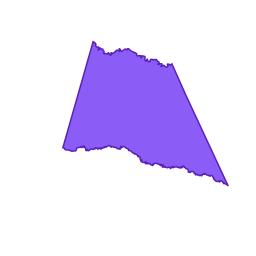 Bermejo, Formosa, Argentina (Natural Earth projection), rotated 156°
{"feature_id": "61730980B55817879292044", "entity_name": "Bermejo", "entity_type": "district", "adm_level": 2, "iso_a3": "ARG", "parent_name": "Argentina", "parent_adm1": "Formosa", "projection": "natural_earth1", "projection_center": [-61.415, -23.947], "detail": "fine", "context": "isolated", "style": "filled", "palette": "violet", "viewbox_px": 256, "rotation_deg": 156, "n_neighbors": 0, "source": "geoboundaries", "source_scale": "gbopen_adm2", "svg_char_len": 5719}
<svg xmlns="http://www.w3.org/2000/svg" viewBox="0 0 256 256"><g transform="rotate(156 128 128)"><path d="M60.1,35.9L61.8,134.6L61.8,168.7L63.7,168.1L64.1,169.0L64.6,169.3L65.5,170.3L66.0,170.2L66.3,169.9L66.3,168.4L66.6,168.1L67.5,167.9L68.4,168.2L68.7,168.5L69.2,169.6L70.1,170.9L71.8,170.5L72.3,170.5L72.7,171.0L71.7,171.2L71.2,172.1L71.1,173.0L72.5,173.5L74.0,173.6L74.8,174.0L74.7,174.2L74.4,174.4L73.3,174.1L73.1,174.2L72.9,175.3L73.2,176.3L73.7,176.8L74.0,177.6L73.9,178.1L74.3,179.0L75.0,178.8L75.3,179.4L76.3,180.0L77.7,180.0L77.9,180.8L78.2,181.1L78.9,181.2L79.6,181.3L80.0,181.1L80.4,180.1L80.6,179.9L81.2,180.1L82.3,180.1L82.6,183.0L84.1,181.9L84.6,181.9L84.8,182.4L84.8,183.4L83.5,186.2L83.8,186.7L84.4,187.3L85.4,187.9L86.1,187.8L87.3,186.8L87.6,187.1L87.4,187.8L86.7,188.0L86.5,188.5L88.2,189.5L90.0,189.9L90.3,190.3L90.4,191.0L89.9,192.1L90.1,192.7L90.9,193.9L91.6,194.4L91.7,194.7L92.0,194.7L92.7,195.8L93.5,196.6L94.4,198.1L94.8,199.0L94.8,199.5L95.3,200.1L95.9,200.5L96.3,200.6L97.2,199.9L98.2,201.1L98.9,201.3L99.9,201.0L100.7,201.0L101.3,200.7L102.3,200.6L103.0,200.7L103.1,200.9L103.1,201.2L103.2,201.5L103.0,202.3L103.4,203.7L103.7,203.9L103.9,203.7L103.9,202.8L104.2,202.5L104.2,201.9L104.7,201.5L105.3,202.4L105.4,203.0L106.7,203.7L107.9,203.2L108.4,203.3L108.6,203.1L108.6,202.9L111.0,202.2L111.8,202.5L111.9,202.9L112.3,203.3L112.9,203.6L113.1,203.4L113.1,202.6L113.4,201.8L114.0,201.5L114.6,202.0L114.5,202.5L114.9,203.0L115.0,204.1L115.5,204.8L115.7,204.7L116.4,203.9L116.7,203.7L117.9,205.1L118.8,205.3L119.1,205.6L119.5,205.4L119.9,205.9L119.8,206.4L119.1,206.9L118.7,207.6L118.7,207.8L119.1,208.2L119.3,208.6L119.2,209.4L118.9,210.1L119.8,210.7L121.1,212.6L121.5,212.6L121.6,212.0L122.1,211.4L123.1,211.2L123.4,211.2L123.5,211.3L123.0,212.3L122.5,212.8L122.0,213.9L122.2,214.1L122.5,214.0L123.6,214.7L123.9,215.5L124.4,216.3L124.2,216.7L123.8,216.8L123.3,217.3L123.3,218.0L123.5,219.2L124.0,219.8L124.7,219.7L124.9,219.5L125.3,219.6L125.2,220.2L124.6,220.2L124.4,220.4L124.4,220.6L124.7,221.1L195.9,136.0L195.1,136.4L194.8,136.0L194.5,135.9L194.2,133.9L193.7,133.3L191.5,132.3L189.4,130.2L188.8,129.7L187.3,129.1L186.7,129.1L185.6,128.5L184.7,128.5L184.1,129.2L183.8,129.4L183.4,130.1L182.7,130.6L181.8,130.3L180.8,130.3L179.5,129.8L178.8,130.2L178.5,129.9L178.2,129.0L178.0,128.9L177.4,129.0L176.8,129.4L176.3,129.3L176.2,129.6L175.4,129.3L175.4,128.9L176.2,128.8L176.3,128.7L176.0,128.3L175.6,128.2L175.1,127.6L175.3,127.2L175.1,126.9L175.1,126.2L175.2,125.6L174.9,125.2L175.5,125.0L175.6,124.7L175.3,124.6L175.0,124.8L174.7,124.5L174.1,124.7L174.1,124.2L174.4,124.0L173.5,123.6L173.3,123.3L172.0,123.4L171.4,123.9L170.1,123.8L169.5,123.6L169.4,123.3L169.0,122.9L168.7,122.9L168.5,122.7L168.2,122.9L166.8,122.3L166.3,123.1L165.9,123.2L165.4,123.0L165.3,122.7L164.9,122.2L163.9,121.6L163.9,121.4L164.1,121.1L164.1,120.9L163.6,121.0L163.3,121.3L162.7,121.0L162.3,121.2L162.0,120.7L161.6,120.4L161.4,119.9L161.0,120.5L160.8,120.2L160.0,120.5L159.9,120.4L159.9,120.1L159.7,119.9L158.3,120.0L157.8,119.7L156.9,119.9L156.9,120.1L157.2,120.2L157.2,120.4L156.5,120.3L156.1,120.1L155.9,119.6L155.7,119.4L153.3,119.9L151.7,119.3L151.5,118.8L151.7,118.4L151.7,118.1L151.2,117.9L150.9,117.4L150.6,117.7L150.2,117.7L148.7,116.2L147.3,115.4L146.5,114.5L146.3,113.6L145.4,113.0L144.8,112.8L144.4,112.2L144.1,112.0L143.1,112.1L143.1,112.3L143.5,112.8L142.8,113.3L142.3,113.0L141.7,114.0L141.5,113.7L141.6,113.1L141.3,112.8L140.1,112.8L139.6,113.0L139.3,112.9L138.9,112.4L138.4,111.3L137.7,110.2L137.0,109.5L136.5,109.2L136.2,108.8L136.2,108.5L136.5,108.3L136.6,107.3L135.6,106.6L134.5,105.5L134.1,104.0L133.0,102.5L132.7,102.0L132.6,101.6L132.0,101.8L131.7,101.1L130.6,99.9L130.6,99.1L130.2,98.8L130.0,98.5L130.1,98.2L130.5,98.0L130.5,97.9L129.9,97.4L129.3,97.3L129.0,97.0L128.8,96.4L129.4,95.5L129.5,94.5L129.2,93.6L128.6,93.2L129.0,93.0L129.0,92.2L129.6,92.6L129.6,92.0L129.4,91.7L129.1,91.7L128.5,90.7L128.1,90.3L126.7,89.9L126.6,88.7L126.0,89.1L125.9,90.0L125.7,90.0L125.5,89.0L125.8,88.4L125.8,88.1L125.7,88.0L124.4,88.2L123.6,87.3L124.4,87.3L124.4,87.1L123.2,86.9L122.7,86.7L122.3,86.0L122.3,85.2L121.6,84.6L119.9,84.8L119.9,84.5L120.4,84.2L120.5,83.9L119.8,84.0L119.4,84.6L118.8,84.5L118.1,84.9L116.9,84.6L116.4,83.9L115.2,83.5L115.1,83.3L115.2,82.9L113.9,81.4L113.8,81.0L113.1,81.4L112.5,81.1L112.5,80.7L113.0,80.3L112.8,79.9L112.3,79.8L111.9,79.3L111.5,80.1L111.2,80.2L111.4,79.6L112.3,78.6L112.2,78.1L111.6,77.9L111.4,78.1L111.3,78.7L111.2,78.8L110.7,77.5L110.4,77.4L109.9,77.8L109.6,76.8L108.7,76.0L108.0,75.6L107.1,75.7L106.1,75.2L105.9,74.9L105.7,73.8L105.4,73.7L104.8,74.4L104.0,74.2L103.6,74.5L103.4,74.4L103.1,73.5L102.8,73.4L102.5,73.9L103.0,74.2L102.9,74.5L101.3,73.1L100.9,73.3L99.6,73.3L99.1,72.2L98.0,71.5L96.7,70.2L96.4,70.2L96.5,70.7L96.4,70.8L95.7,70.7L95.2,70.2L95.1,70.9L94.9,70.9L94.3,70.0L93.4,70.7L92.9,70.7L92.7,70.1L92.2,69.8L92.5,69.1L91.7,68.3L91.7,67.5L90.8,66.9L90.2,65.6L90.0,64.4L90.8,63.4L90.8,63.0L89.9,62.7L89.4,62.3L89.0,62.3L88.8,62.1L88.2,62.5L87.7,62.6L86.1,61.5L85.8,60.7L86.0,59.8L85.9,59.7L85.5,59.7L85.1,58.7L85.5,58.2L85.4,57.8L85.1,57.6L83.8,57.7L83.6,56.8L82.8,56.5L82.2,55.5L81.1,55.3L80.7,54.9L79.8,55.3L79.7,55.2L79.7,54.6L78.8,55.2L76.7,55.6L76.5,55.4L76.4,54.9L77.1,55.0L77.3,54.9L77.2,54.6L75.7,54.3L75.1,52.9L73.9,52.3L73.8,51.8L73.3,51.5L72.9,50.9L72.4,50.6L71.7,50.9L71.2,50.7L70.7,50.2L70.5,49.7L70.3,47.9L70.3,46.8L70.5,46.5L70.0,46.1L69.8,44.8L69.2,43.5L68.9,43.3L68.6,43.3L68.1,42.7L67.4,42.4L65.4,42.6L65.3,42.3L65.7,41.7L64.8,41.9L64.3,41.8L63.8,41.2L63.4,40.4L63.5,40.0L63.3,39.4L63.3,38.4L63.1,38.3L62.7,38.7L61.7,37.2L60.5,36.0L60.6,35.2L60.3,34.9L60.1,34.9L60.1,35.9Z" fill="#8b5cf6" stroke="#5b21b6" stroke-width="1.5"/></g></svg>